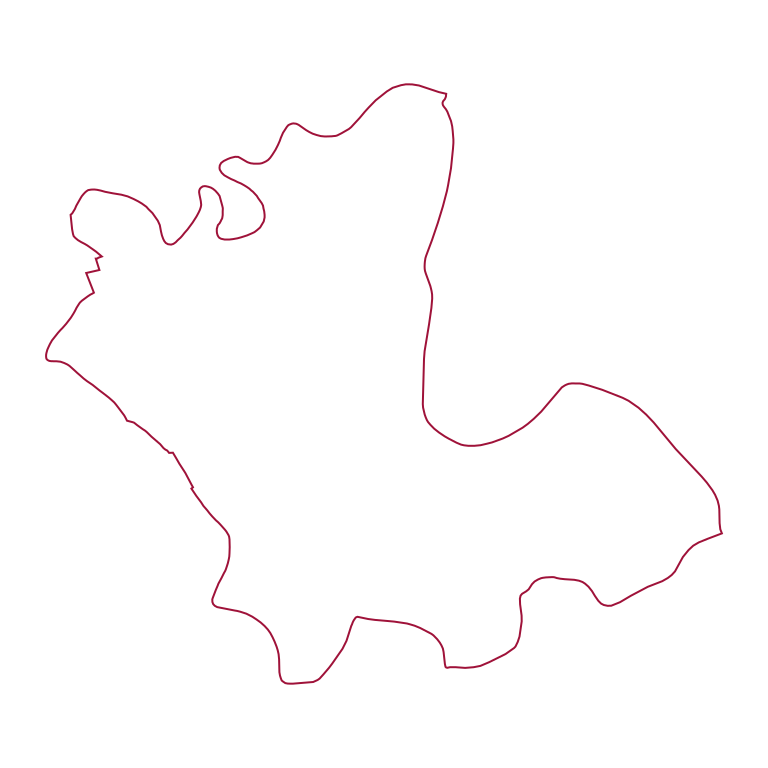 Vinh Bao, Hải Phòng, Vietnam (orthographic projection)
{"feature_id": "81297802B55266176914642", "entity_name": "Vinh Bao", "entity_type": "district", "adm_level": 2, "iso_a3": "VNM", "parent_name": "Vietnam", "parent_adm1": "Hải Phòng", "projection": "orthographic", "projection_center": [106.477, 20.681], "detail": "fine", "context": "isolated", "style": "outline", "palette": "rose", "viewbox_px": 768, "rotation_deg": 0, "n_neighbors": 0, "source": "geoboundaries", "source_scale": "gbopen_adm2", "svg_char_len": 6050}
<svg xmlns="http://www.w3.org/2000/svg" viewBox="0 0 768 768"><path d="M70.6,214.8L72.1,229.2L73.0,234.0L73.7,236.2L75.4,238.0L77.9,240.1L81.2,242.1L84.7,243.9L87.4,245.5L96.0,251.6L101.8,256.5L98.2,257.8L97.4,258.5L95.8,258.6L99.4,270.0L86.2,273.0L93.9,292.7L92.4,293.6L90.4,294.6L87.7,296.4L81.9,300.7L79.9,302.6L78.8,304.2L76.6,307.7L75.1,310.7L73.4,313.7L70.8,317.8L66.1,323.9L62.4,328.1L60.6,329.9L58.1,332.7L52.0,340.4L49.9,344.1L48.4,347.3L47.3,349.8L46.4,353.1L46.1,354.9L46.1,356.9L46.4,358.7L47.4,359.9L48.6,360.6L49.8,361.0L51.4,361.2L56.7,361.3L60.5,361.7L64.2,363.0L67.4,364.5L69.5,365.9L75.3,371.1L77.0,372.7L79.9,375.2L83.6,378.5L87.1,381.2L92.6,384.9L99.7,390.6L102.9,393.0L108.7,397.5L111.8,400.2L114.2,402.4L116.1,404.7L118.4,407.7L124.2,415.4L125.6,417.9L127.0,420.7L132.7,422.2L134.1,422.7L137.1,425.1L142.8,429.2L145.0,430.6L146.8,432.1L151.4,436.6L160.2,444.2L163.5,448.1L165.0,449.3L165.5,449.7L166.7,450.2L167.1,450.5L168.1,451.6L169.1,452.9L172.9,452.7L176.3,458.4L179.4,463.8L185.3,472.9L191.8,485.2L193.0,487.3L191.4,488.6L194.1,492.6L196.3,495.9L201.1,502.3L203.4,505.9L207.3,510.4L209.6,513.4L212.3,516.5L215.9,520.3L218.2,522.3L220.4,524.6L225.1,529.9L226.4,531.6L228.5,535.1L229.1,536.6L229.5,539.4L229.7,547.2L229.5,553.2L229.3,556.5L228.8,559.2L227.8,563.4L226.9,566.2L225.9,569.2L225.2,570.9L224.0,573.0L221.4,578.2L218.4,583.7L217.6,585.8L215.8,590.0L212.7,598.1L212.3,599.4L212.4,602.0L213.2,604.1L214.8,605.8L217.2,607.1L235.1,610.6L237.0,610.9L240.2,611.7L246.4,613.7L252.3,616.7L256.7,619.6L260.7,622.5L264.6,626.0L267.8,629.5L270.3,633.0L272.6,637.3L274.6,641.6L276.6,646.7L277.7,650.2L278.6,654.2L279.1,659.4L279.4,672.2L280.0,675.6L280.8,678.2L281.7,680.5L283.2,681.7L285.3,683.1L287.9,683.6L292.5,683.7L313.2,682.0L317.6,680.0L319.6,678.6L323.4,674.4L329.1,667.7L332.2,663.6L342.5,648.8L346.5,640.8L351.3,625.8L352.0,624.4L352.7,622.4L353.7,620.4L355.5,617.8L356.1,617.3L357.5,616.8L368.1,619.0L374.9,619.9L387.6,621.0L394.2,621.6L407.0,623.5L409.9,624.3L414.6,625.7L420.2,628.0L431.5,633.9L433.5,635.4L437.2,639.2L439.8,642.6L441.5,645.5L442.9,648.6L443.6,652.1L444.9,664.0L445.5,666.8L446.2,667.5L447.3,667.8L450.0,667.2L455.6,667.2L465.2,667.9L473.7,667.2L480.4,665.9L489.1,662.2L505.6,654.0L514.1,648.0L515.5,646.5L517.7,642.0L519.5,636.6L521.7,621.4L521.6,615.6L520.1,604.3L519.9,598.6L520.6,595.6L522.1,593.8L526.1,591.4L528.7,589.3L532.0,584.2L534.6,581.5L538.0,579.5L541.1,578.2L542.9,577.8L546.0,577.4L552.2,577.1L554.0,577.2L555.5,577.6L556.6,578.0L560.2,578.7L564.8,579.2L574.2,579.8L579.0,580.7L582.5,582.0L585.0,583.6L588.5,586.7L592.0,591.1L594.9,595.9L598.3,600.8L601.1,603.6L603.8,605.0L607.6,605.8L611.3,605.7L620.0,602.2L630.8,595.8L647.8,586.8L662.2,581.2L667.8,578.0L671.7,575.0L675.0,571.4L682.9,557.0L688.5,550.1L693.2,545.7L698.8,542.4L707.9,538.7L721.9,533.4L720.3,529.3L719.6,523.2L719.3,509.3L718.9,505.8L717.6,500.6L715.1,494.8L712.4,490.2L706.9,482.7L701.6,476.5L675.7,449.0L653.7,422.5L646.3,414.7L638.5,407.7L628.6,400.8L622.6,397.8L602.2,389.8L588.7,385.5L582.3,383.8L579.8,383.5L571.8,383.4L568.7,383.8L566.5,384.6L564.7,385.5L561.8,387.4L541.2,411.6L533.9,418.7L527.8,423.9L522.6,427.7L508.7,435.8L502.8,438.5L492.1,442.4L487.0,443.7L480.6,445.2L474.4,445.8L468.3,445.8L464.0,445.3L461.0,444.6L456.5,442.7L448.8,438.7L444.8,436.4L439.0,432.5L434.2,428.7L430.4,424.8L428.1,422.1L426.9,420.1L425.7,417.3L424.7,414.5L423.1,407.7L422.8,404.1L424.0,359.1L424.6,351.2L429.0,324.6L431.4,307.9L432.2,298.6L432.1,294.5L431.6,291.2L430.9,288.2L430.3,285.9L425.8,273.5L425.0,270.9L424.7,268.9L424.6,266.6L424.7,263.9L424.9,261.5L425.4,258.2L426.1,255.9L427.1,253.2L432.0,240.1L437.8,223.0L442.9,206.3L446.9,191.1L448.1,185.1L451.0,168.2L453.0,148.6L453.4,143.0L453.4,139.5L452.7,130.9L452.2,126.4L451.6,123.7L451.0,121.0L449.8,118.0L447.4,111.8L445.9,109.2L443.9,106.7L443.0,105.3L442.6,103.9L442.6,102.5L443.2,101.1L444.9,99.1L445.9,96.7L446.2,93.8L438.9,92.1L419.0,85.5L412.1,84.4L406.0,84.3L401.0,85.2L392.7,87.8L386.9,91.4L375.7,100.3L368.7,107.5L364.7,111.9L359.7,117.9L351.1,127.2L348.9,129.0L341.6,133.2L337.3,135.4L335.7,135.9L333.5,136.1L331.6,136.3L325.0,136.5L320.8,136.1L316.6,135.0L312.7,133.7L309.3,132.0L306.1,130.1L298.7,124.9L297.3,124.2L296.0,123.7L293.3,123.4L291.7,123.7L289.9,124.4L288.4,125.1L286.9,126.8L283.0,132.8L280.8,137.9L279.8,140.8L278.0,144.9L275.5,149.8L272.4,154.7L270.2,157.8L268.2,159.9L266.1,161.3L264.3,162.2L261.9,163.2L259.8,163.6L256.2,163.7L253.9,163.7L252.7,163.5L250.8,163.3L248.3,162.5L247.1,162.0L240.1,157.9L238.2,156.9L235.1,156.8L230.6,157.9L227.8,159.0L223.7,161.0L221.1,163.0L219.8,165.4L219.5,167.9L219.8,169.7L221.7,172.8L224.3,175.3L227.8,177.3L231.2,179.1L234.5,180.5L237.4,182.0L241.0,183.5L244.2,185.3L246.8,186.9L249.4,188.7L251.2,190.4L252.9,191.7L256.8,195.9L258.2,198.2L261.7,203.1L263.0,205.6L263.5,208.5L264.2,211.3L264.6,214.9L264.6,217.4L263.7,221.5L260.1,227.5L257.1,230.1L254.5,232.1L252.2,233.2L247.1,235.4L241.5,237.2L237.5,238.3L233.0,239.1L229.6,239.5L224.5,239.5L221.2,238.8L219.3,237.8L218.4,236.7L217.6,235.3L217.0,233.2L216.8,231.5L216.8,228.9L217.3,227.1L217.9,225.1L219.3,223.6L219.9,222.8L220.3,222.0L220.9,220.9L221.4,219.7L222.1,218.6L222.4,217.1L222.7,215.1L222.7,211.4L222.8,209.1L222.8,208.1L222.3,205.9L219.6,196.0L217.9,193.6L215.3,190.7L213.1,188.9L210.9,187.6L208.5,186.8L206.3,186.3L204.9,186.1L202.8,186.4L201.1,187.5L200.0,188.7L199.3,190.3L199.1,192.1L199.4,194.2L200.8,201.1L201.2,204.9L200.8,207.1L199.9,209.8L199.0,211.8L197.7,214.3L196.5,216.5L192.6,222.6L190.9,224.9L187.5,229.5L184.5,232.9L182.2,235.8L180.5,237.7L177.7,240.2L175.7,242.3L173.4,243.9L171.1,244.6L168.0,244.2L165.8,243.0L164.3,241.1L163.2,238.9L161.9,235.3L161.0,231.5L159.8,225.1L157.8,220.7L152.4,213.0L148.4,209.1L146.4,206.8L141.8,203.5L138.1,201.3L133.6,199.0L127.7,196.4L121.4,194.7L112.8,193.3L105.1,191.8L100.8,190.6L97.0,189.8L94.3,189.5L91.2,189.6L88.2,190.1L86.5,191.2L85.1,192.4L83.6,194.0L81.7,196.3L80.1,199.0L76.3,205.7L74.9,209.0L72.2,213.4L70.6,214.8Z" fill="none" stroke="#9f1239" stroke-width="2"/></svg>